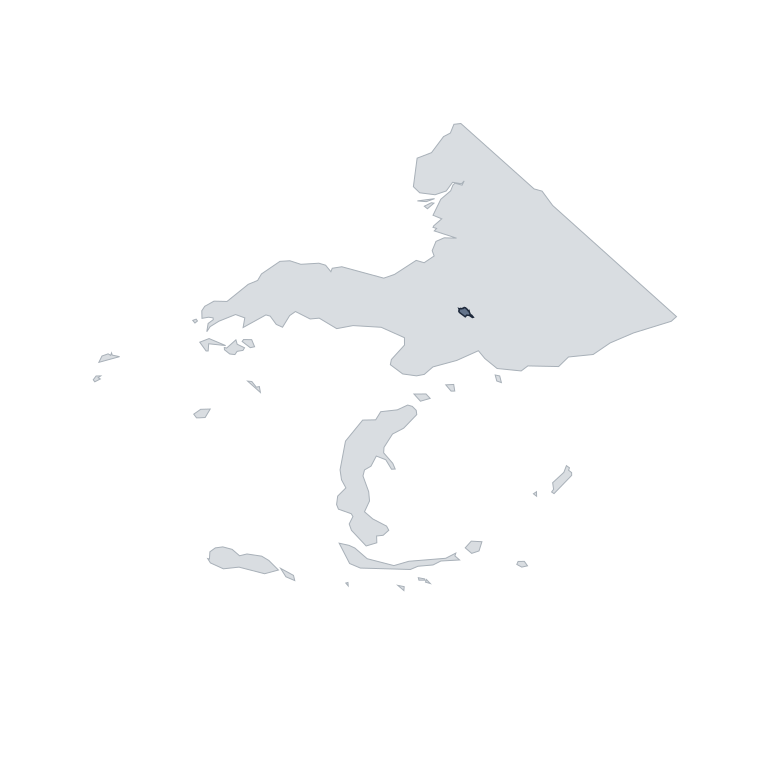 Chuave District, Chimbu, Papua New Guinea shown in context, rotated 132°
{"feature_id": "67681753B10783046859630", "entity_name": "Chuave District", "entity_type": "district", "adm_level": 2, "iso_a3": "PNG", "parent_name": "Papua New Guinea", "parent_adm1": "Chimbu", "projection": "equal_earth", "projection_center": [145.121, -6.175], "detail": "fine", "context": "in_parent", "style": "filled", "palette": "slate", "viewbox_px": 768, "rotation_deg": 132, "n_neighbors": 0, "source": "geoboundaries", "source_scale": "gbopen_adm2", "svg_char_len": 4998}
<svg xmlns="http://www.w3.org/2000/svg" viewBox="0 0 768 768"><g transform="rotate(132 384 384)"><path d="M139.0,501.2L138.6,403.0L134.9,395.6L138.5,378.1L138.2,211.7L145.2,212.5L179.2,232.8L202.1,243.4L222.1,248.3L240.5,265.0L254.2,265.9L274.3,289.2L282.5,290.8L296.8,310.3L297.6,326.1L296.1,336.1L317.8,345.7L338.6,359.1L349.9,360.5L356.2,365.3L364.0,376.8L365.4,392.2L360.9,394.9L341.4,394.8L335.9,399.8L343.7,424.0L361.3,446.1L374.5,456.2L378.4,476.2L385.1,482.4L389.4,498.3L396.3,499.9L409.7,497.4L411.8,504.0L409.7,514.0L411.7,518.0L436.3,526.5L428.0,531.7L431.7,540.8L447.8,548.7L457.7,551.6L463.7,550.7L456.7,555.2L450.4,553.9L449.2,555.3L451.8,559.1L457.0,563.2L451.5,568.4L446.2,569.2L436.2,565.8L427.7,555.9L400.8,551.6L391.6,547.2L384.2,548.7L362.5,543.4L355.4,536.4L350.7,525.9L337.8,513.2L334.8,506.9L336.1,498.6L332.6,499.9L325.1,493.8L305.5,455.0L295.5,449.5L270.6,442.8L267.0,435.3L255.3,432.4L252.7,437.4L243.2,440.8L235.1,437.1L227.1,427.7L236.6,449.1L233.2,449.0L234.8,452.4L233.0,452.9L222.6,451.6L225.8,460.5L208.7,465.4L195.9,463.7L189.9,465.9L187.3,465.6L184.0,459.0L179.4,460.3L183.3,460.4L188.2,468.0L198.9,466.9L209.2,472.7L218.0,485.4L217.7,494.2L194.0,510.5L180.3,503.5L160.3,505.3L153.1,502.6L144.2,505.8L139.0,501.2ZM497.0,283.4L501.9,287.8L506.8,283.1L516.3,288.9L514.5,310.3L511.3,316.2L503.3,318.4L502.3,321.5L507.5,334.1L505.3,338.6L498.3,343.4L486.7,342.8L483.6,351.5L477.2,359.2L452.2,374.4L425.1,375.7L416.2,366.2L406.8,367.9L394.3,356.8L383.8,352.3L381.7,348.0L382.0,342.5L384.8,339.2L403.6,339.8L415.5,344.2L431.1,341.6L435.4,338.2L437.1,324.4L439.7,318.8L442.3,321.4L439.1,332.0L442.7,341.5L453.8,338.7L460.9,341.0L466.4,338.1L474.3,323.3L480.6,316.5L492.0,313.0L491.8,302.1L487.9,287.0L489.5,282.6L497.0,283.4ZM633.1,393.3L631.7,398.2L630.9,396.6L625.2,401.1L618.7,399.7L612.9,394.8L608.5,386.2L608.3,376.4L602.0,372.1L593.8,359.7L592.2,351.5L592.9,338.0L604.9,345.8L617.1,369.2L628.8,379.7L633.1,393.3ZM540.4,289.4L532.3,310.8L527.3,302.0L525.4,295.9L525.1,279.6L512.3,255.1L499.1,246.9L472.2,221.5L461.6,217.5L464.3,216.3L464.2,210.1L477.5,223.3L485.7,226.5L496.7,236.8L504.2,240.3L536.6,278.4L540.4,289.4ZM326.3,183.4L351.7,184.3L352.1,187.2L348.8,187.5L344.5,192.6L329.3,191.2L322.6,193.8L322.2,190.1L324.6,189.1L324.3,185.3L326.3,183.4ZM453.4,511.3L458.0,515.0L461.9,514.5L464.9,518.7L465.3,525.5L463.7,527.1L462.6,525.0L450.3,523.6L452.7,519.7L450.4,511.9L453.4,511.3ZM451.4,214.0L442.4,214.0L435.7,205.7L444.5,201.7L451.2,205.5L451.4,214.0ZM471.4,541.2L477.1,536.8L478.5,538.3L476.2,548.9L467.3,544.4L461.4,527.4L471.4,541.2ZM518.9,496.4L528.6,494.5L533.2,499.1L534.6,500.7L533.7,505.2L525.5,503.3L518.9,496.4ZM540.6,598.8L558.7,610.4L551.9,612.3L546.2,609.2L545.6,606.3L543.2,607.3L544.4,605.3L540.6,598.8ZM371.4,355.0L363.3,346.1L363.8,340.1L372.4,345.4L371.4,355.0ZM447.3,517.9L444.9,518.1L439.6,512.0L442.9,505.1L446.5,507.7L447.3,517.9ZM590.2,337.5L586.8,323.2L589.8,318.8L592.9,327.9L590.2,337.5ZM343.3,337.5L337.7,331.9L341.9,326.7L344.4,329.4L343.3,337.5ZM429.2,164.6L426.1,165.6L421.9,161.0L423.1,155.7L427.9,159.1L429.2,164.6ZM306.3,302.2L302.9,307.4L300.6,303.4L304.4,297.7L306.3,302.2ZM473.0,470.2L473.1,487.3L470.6,483.9L471.8,476.8L469.3,474.9L473.0,470.2ZM220.2,474.6L225.6,481.7L212.4,470.4L220.2,474.6ZM224.9,473.0L217.6,470.1L216.2,467.9L224.7,469.0L224.9,473.0ZM575.9,600.4L575.4,602.9L570.7,603.3L567.5,599.9L570.6,600.6L570.1,598.2L575.9,600.4ZM524.2,231.0L524.4,239.0L521.1,233.4L524.2,231.0ZM506.4,226.8L505.0,228.9L501.6,223.3L502.3,222.2L506.4,226.8ZM465.2,565.3L464.7,568.7L461.5,567.0L462.0,564.8L465.2,565.3ZM503.5,220.6L500.9,221.6L501.3,216.1L503.5,220.6ZM365.3,195.5L365.6,199.5L362.0,198.6L365.3,195.5ZM558.0,275.5L557.5,279.2L555.6,278.0L558.0,275.5Z" fill="#d9dde1" stroke="#a8b0b8" stroke-width="1"/><path d="M280.3,375.8L280.3,375.4L279.7,368.6L277.5,368.6L276.2,366.9L275.9,366.4L275.4,362.8L274.6,362.3L274.2,365.1L275.0,366.5L274.0,367.3L273.9,367.7L273.6,368.5L273.5,368.8L273.4,368.9L273.2,369.0L273.0,369.3L272.9,369.5L272.7,369.8L272.8,369.8L272.8,370.0L273.0,370.1L273.2,370.3L273.3,370.4L273.3,370.5L273.2,370.7L273.2,370.8L273.1,371.0L273.0,371.3L272.9,371.5L273.0,371.7L272.9,371.8L272.9,372.0L272.9,372.3L272.8,372.5L272.9,372.8L272.9,373.0L273.0,373.1L273.0,373.4L272.9,373.5L272.9,373.8L272.8,374.1L272.8,374.3L273.0,374.5L273.1,374.8L273.2,375.0L273.3,375.1L273.4,375.3L273.4,375.5L273.5,375.6L273.8,375.7L274.0,375.7L274.3,375.7L274.4,375.8L274.5,375.9L274.9,375.8L275.0,376.0L275.3,376.3L275.6,376.4L275.8,376.5L276.0,376.5L276.2,376.8L276.3,377.0L276.4,377.3L276.5,377.3L276.7,377.5L276.8,377.7L276.8,377.8L277.0,377.9L277.2,378.0L277.3,378.0L277.3,377.9L277.4,378.0L277.5,378.1L277.6,378.3L277.8,378.5L277.9,378.8L278.0,378.6L278.2,378.3L278.3,378.2L278.4,377.9L278.5,377.8L278.6,377.7L278.8,377.4L279.0,377.4L279.3,377.4L279.5,377.4L279.7,377.2L279.8,377.0L280.0,376.9L280.1,376.7L280.1,376.4L280.2,376.1L280.2,375.9L280.3,375.8Z" fill="#64748b" stroke="#1e293b" stroke-width="1.5"/></g></svg>